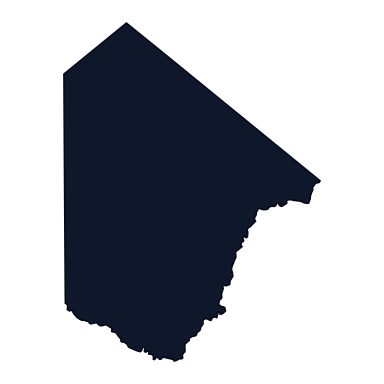 Brewster, Texas, United States of America (Mercator projection)
{"feature_id": "52423323B18775242771825", "entity_name": "Brewster", "entity_type": "district", "adm_level": 2, "iso_a3": "USA", "parent_name": "United States of America", "parent_adm1": "Texas", "projection": "mercator", "projection_center": [-103.031, 29.819], "detail": "fine", "context": "isolated", "style": "filled", "palette": "ink", "viewbox_px": 384, "rotation_deg": 0, "n_neighbors": 0, "source": "geoboundaries", "source_scale": "gbopen_adm2", "svg_char_len": 2472}
<svg xmlns="http://www.w3.org/2000/svg" viewBox="0 0 384 384"><path d="M63.9,74.0L64.5,183.6L65.3,303.2L65.6,303.3L67.7,305.1L67.3,309.7L69.6,311.0L71.5,309.8L74.1,314.1L77.1,317.5L79.0,318.8L81.8,320.3L83.3,320.1L88.2,321.6L88.8,321.9L89.5,323.2L90.8,323.9L96.8,322.6L97.5,323.7L100.0,325.7L102.2,325.7L106.0,324.7L111.6,328.2L111.9,329.0L111.7,331.5L116.0,332.7L118.7,336.7L120.3,338.3L120.9,339.3L120.9,341.0L121.3,341.7L122.3,342.2L123.3,341.9L124.1,342.1L127.3,344.5L128.5,347.1L136.4,350.6L139.9,351.7L141.0,351.2L141.8,349.8L142.3,348.0L143.4,347.3L144.6,347.6L145.0,348.8L144.4,350.0L144.4,351.5L145.7,352.2L147.8,351.0L149.0,351.8L148.5,353.8L149.6,354.3L151.6,354.4L153.0,355.4L153.5,356.8L153.2,359.0L154.4,359.6L155.2,358.8L155.7,357.8L156.5,357.4L157.5,357.5L158.7,358.1L159.4,359.2L160.1,359.3L161.1,359.1L163.1,357.1L173.7,359.6L173.8,360.6L174.1,361.0L175.4,360.8L177.7,359.8L179.2,358.7L180.6,359.0L182.5,358.4L182.8,357.7L182.2,355.4L183.8,352.7L184.9,351.9L185.1,350.1L184.8,347.4L185.1,344.0L189.2,340.4L189.3,338.5L189.6,337.9L192.9,336.3L195.5,335.8L196.3,335.0L196.7,334.2L196.8,332.8L199.9,330.5L200.7,328.1L201.1,326.1L202.1,325.7L203.2,323.5L202.8,321.2L203.4,319.9L204.3,319.2L206.4,318.6L210.6,320.5L211.0,320.4L211.6,319.6L212.0,318.0L214.2,317.0L215.4,317.1L216.7,317.7L217.7,314.6L217.1,313.6L217.1,312.7L217.7,312.1L218.3,312.0L219.9,314.1L221.5,314.1L223.6,312.9L225.5,310.9L224.8,307.6L223.1,306.7L221.9,306.8L219.3,305.1L218.7,303.9L219.4,300.1L221.4,298.5L221.8,297.6L221.5,294.1L223.3,288.3L222.6,286.4L223.4,285.4L223.8,285.3L224.7,285.6L226.5,285.7L229.7,284.5L230.1,280.7L232.9,276.2L232.4,272.5L231.5,269.6L231.8,267.3L234.7,259.7L235.9,257.4L235.6,251.8L242.1,246.6L241.3,245.9L241.0,245.0L241.6,241.7L243.0,241.9L243.7,240.4L242.6,237.4L243.7,236.7L244.5,236.8L246.4,237.8L247.5,236.6L247.8,232.0L247.2,230.0L248.0,228.1L250.2,226.7L255.6,221.1L254.5,219.4L254.7,217.3L256.1,215.0L256.5,212.0L258.4,208.8L259.5,208.1L261.1,209.2L263.8,209.7L266.5,209.6L267.8,209.1L269.5,206.8L272.2,206.2L273.9,206.5L275.9,205.5L276.3,204.1L277.0,202.9L278.4,203.3L278.8,204.4L280.2,206.0L281.2,206.3L282.2,206.2L286.7,203.3L286.8,200.4L287.6,199.9L290.7,199.7L294.4,200.5L300.6,201.2L304.3,202.9L307.6,203.4L308.7,203.1L310.3,198.5L310.3,196.5L311.6,192.4L312.8,189.9L312.5,187.5L315.0,184.1L316.6,182.7L317.9,182.9L319.4,182.1L320.1,180.8L277.4,146.0L167.6,56.4L126.4,23.0L63.9,74.0Z" fill="#0f172a" stroke="#020617" stroke-width="1.5"/></svg>